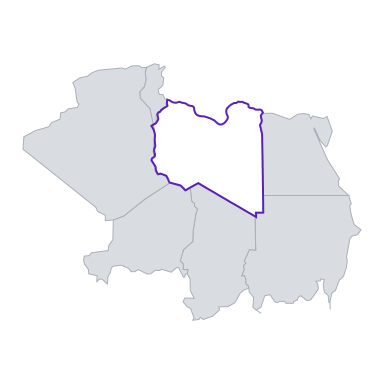 Libya highlighted, Natural Earth projection
{"feature_id": "LBY", "entity_name": "Libya", "entity_type": "country or territory", "adm_level": 0, "iso_a3": "LBY", "parent_name": "Africa", "parent_adm1": "", "projection": "natural_earth1", "projection_center": [17.634, 26.339], "detail": "fine", "context": "with_neighbors", "style": "outline", "palette": "violet", "viewbox_px": 384, "rotation_deg": 0, "n_neighbors": 6, "source": "natural_earth", "source_scale": "50m", "svg_char_len": 6682}
<svg xmlns="http://www.w3.org/2000/svg" viewBox="0 0 384 384"><path d="M261.1,313.3L255.5,309.6L252.9,307.1L253.6,297.4L249.3,292.1L248.5,286.4L245.8,283.8L245.7,278.9L244.2,275.6L241.6,276.1L244.2,269.4L243.4,265.8L245.8,263.2L244.2,261.2L249.4,249.6L255.7,250.2L255.1,212.7L263.4,212.6L263.2,195.5L348.7,195.5L351.3,203.9L349.8,205.5L351.1,214.3L354.1,224.5L361.0,229.8L357.4,234.7L352.1,236.1L349.9,238.7L346.5,257.0L347.3,260.4L346.3,267.7L343.5,276.2L339.2,280.4L335.5,290.4L332.0,292.8L330.0,301.7L330.2,309.4L330.0,302.8L329.0,302.6L328.1,295.4L324.3,292.0L323.3,285.9L324.1,279.6L320.7,279.0L320.3,280.9L315.9,281.3L317.7,283.8L318.4,289.0L310.8,299.8L307.0,300.7L300.8,295.7L298.1,297.5L297.3,300.0L293.6,301.6L293.3,303.3L286.0,303.3L285.0,301.6L279.7,301.3L277.1,302.7L275.0,302.0L270.0,294.7L264.7,295.8L260.8,307.4L256.1,310.0L261.1,313.3Z" fill="#d9dde1" stroke="#a8b0b8" stroke-width="1"/><path d="M255.0,216.3L255.7,250.2L249.4,249.6L244.2,261.2L245.8,263.2L243.4,265.8L244.2,269.4L241.6,276.1L244.2,275.6L245.7,278.9L245.8,283.8L248.5,286.4L248.5,288.4L243.8,289.9L240.1,293.3L234.9,302.7L228.0,306.6L218.8,306.9L219.5,309.9L212.6,316.2L203.3,319.5L200.3,317.4L198.9,319.5L192.8,320.2L194.0,317.9L190.6,308.5L187.5,307.0L183.1,302.0L184.7,298.0L194.2,298.3L190.3,290.6L190.1,279.2L187.2,273.8L187.9,269.7L183.2,269.5L183.3,264.0L180.3,260.9L183.5,249.6L192.8,241.5L193.2,230.4L196.0,213.0L197.6,209.3L194.6,206.4L194.5,203.7L191.8,201.4L190.1,188.1L197.4,183.4L255.0,216.3Z" fill="#d9dde1" stroke="#a8b0b8" stroke-width="1"/><path d="M190.1,188.1L191.8,201.4L194.5,203.7L194.6,206.4L197.6,209.3L196.0,213.0L193.2,230.4L192.8,241.5L183.5,249.6L180.3,260.9L183.3,264.0L183.2,269.5L187.9,269.7L187.2,273.8L185.1,274.3L184.9,277.0L183.5,277.2L178.6,267.8L176.9,267.5L171.2,272.2L161.6,269.3L159.5,270.5L155.2,270.2L150.8,273.8L147.1,274.0L138.3,269.6L134.8,271.7L131.1,271.6L128.4,268.3L121.1,265.2L113.2,266.2L111.3,268.0L110.2,272.9L108.0,276.4L107.4,284.0L101.9,279.1L99.3,279.1L96.8,281.6L97.1,275.8L88.7,273.8L88.5,269.7L84.5,264.1L83.6,260.2L84.2,256.1L88.9,255.7L91.7,252.7L108.1,250.6L108.9,245.3L112.9,239.6L113.3,219.9L123.6,216.1L144.8,199.2L169.7,182.9L181.0,186.6L185.0,191.3L190.1,188.1Z" fill="#d9dde1" stroke="#a8b0b8" stroke-width="1"/><path d="M152.7,124.2L150.0,108.8L140.2,98.1L139.8,91.7L144.2,86.9L146.0,79.8L145.2,71.7L146.7,67.3L154.3,63.8L159.1,64.8L158.8,69.2L164.7,66.0L165.1,67.7L161.6,71.9L161.5,75.8L163.8,77.9L162.8,85.4L158.1,89.7L159.3,94.3L162.9,94.5L164.6,98.6L167.2,99.9L166.7,106.5L156.2,115.0L156.2,122.2L152.7,124.2Z" fill="#d9dde1" stroke="#a8b0b8" stroke-width="1"/><path d="M23.0,149.2L23.9,136.8L35.7,130.5L48.7,126.8L51.7,122.5L60.1,119.1L60.8,112.8L64.9,112.0L68.2,108.9L77.5,107.4L78.9,104.1L77.2,102.3L75.1,88.0L72.8,82.5L79.8,77.8L87.3,76.3L91.9,72.8L98.7,70.2L121.8,68.0L125.3,69.2L131.9,65.9L139.2,65.8L142.0,67.8L146.7,67.3L145.2,71.7L146.0,79.8L144.2,86.9L139.8,91.7L140.2,98.1L150.0,108.8L154.8,131.8L153.2,151.4L153.7,156.8L150.8,160.4L154.9,166.6L155.2,170.3L157.6,175.1L161.0,173.5L166.6,177.5L169.7,182.9L144.8,199.2L123.6,216.1L113.3,219.9L105.3,220.7L105.3,215.3L97.5,211.4L95.9,207.4L23.0,149.2Z" fill="#d9dde1" stroke="#a8b0b8" stroke-width="1"/><path d="M348.7,195.5L263.2,195.5L262.2,133.4L260.0,126.5L261.7,121.2L260.5,117.5L263.0,113.4L272.4,113.2L289.5,119.4L297.7,114.2L303.8,113.5L308.9,114.6L310.9,118.8L312.5,116.0L323.7,118.5L327.0,116.4L332.3,131.1L327.4,145.5L325.8,147.0L320.0,140.4L314.5,128.1L313.8,128.9L327.6,160.0L339.7,179.0L338.3,180.5L338.7,186.1L348.7,195.5Z" fill="#d9dde1" stroke="#a8b0b8" stroke-width="1"/><path d="M152.9,124.9L153.8,124.4L155.0,123.9L155.6,123.5L155.9,123.2L156.8,121.9L157.3,121.1L157.9,120.1L158.2,119.4L158.2,118.8L158.2,118.0L157.7,116.1L157.3,114.3L157.7,113.6L157.9,113.2L158.5,112.4L158.7,112.2L159.9,111.9L160.4,111.4L160.8,110.6L160.9,110.3L161.4,109.9L162.0,109.5L162.4,109.0L163.7,108.2L164.8,107.5L166.2,106.7L167.2,106.1L167.5,105.6L167.4,105.2L166.9,104.2L166.9,103.0L167.0,102.0L167.0,101.4L167.3,99.7L168.4,100.1L169.5,100.3L172.7,102.3L173.7,102.5L176.0,102.8L178.7,102.0L179.7,101.8L181.5,102.6L182.3,102.8L183.6,102.9L185.8,103.6L186.4,103.8L187.7,104.9L188.3,105.3L192.9,106.3L193.6,107.0L194.2,108.3L194.2,109.9L194.6,111.1L195.1,112.6L195.8,113.7L196.6,114.6L197.5,115.2L199.5,116.0L201.8,116.3L204.1,116.4L208.1,117.6L211.5,118.9L212.4,119.5L214.1,120.2L217.4,123.3L219.3,124.3L220.6,124.6L221.8,124.4L223.9,123.3L224.8,122.6L226.9,120.0L227.6,118.6L227.8,117.6L227.8,116.6L227.5,115.7L226.9,114.7L226.5,113.5L226.2,111.2L226.5,109.7L226.9,108.7L227.6,107.8L229.3,106.0L231.0,104.7L234.1,103.0L235.9,103.0L236.6,102.8L238.1,101.6L238.7,101.6L239.5,101.9L242.0,101.8L243.0,102.1L244.3,102.9L245.9,103.3L247.1,103.8L248.3,104.4L248.6,105.8L248.5,106.3L248.5,106.8L249.7,107.8L253.3,108.3L254.0,108.6L255.0,109.3L255.7,109.6L258.1,109.7L259.6,109.5L260.9,109.8L261.4,110.1L262.0,110.7L262.6,112.1L262.9,112.6L262.6,112.9L262.3,113.4L262.0,113.8L261.4,114.6L260.9,115.4L260.9,116.5L261.1,117.7L261.5,118.9L261.8,120.2L261.7,121.0L261.5,122.0L261.2,122.9L260.1,124.7L260.0,125.1L260.1,125.7L260.7,127.8L260.8,128.5L261.2,130.5L261.6,132.2L262.0,133.5L262.1,133.9L262.1,135.8L262.2,137.7L262.2,139.7L262.2,141.6L262.3,143.5L262.3,145.4L262.3,147.4L262.4,149.3L262.4,151.2L262.4,153.2L262.5,155.1L262.5,157.0L262.5,158.9L262.6,160.9L262.6,162.8L262.6,164.7L262.6,166.7L262.7,168.6L262.7,170.5L262.7,172.4L262.8,174.4L262.8,176.3L262.8,178.2L262.8,180.1L262.9,182.1L262.9,184.0L262.9,185.9L263.0,187.8L263.0,189.8L263.0,191.7L263.0,193.6L263.1,195.6L263.1,199.8L263.2,204.1L263.2,208.4L263.3,212.6L263.2,212.7L261.4,212.7L259.6,212.7L257.8,212.7L256.0,212.7L256.1,213.8L256.1,214.8L256.1,215.9L256.1,217.0L252.6,214.9L249.1,212.9L245.6,210.9L242.2,208.9L238.7,206.8L235.2,204.8L231.7,202.8L228.3,200.8L224.8,198.7L221.3,196.7L217.9,194.7L214.4,192.6L211.0,190.6L207.5,188.6L204.1,186.6L200.7,184.5L198.3,183.1L195.7,184.5L193.7,185.6L191.1,187.0L188.0,188.8L185.7,190.2L185.4,190.2L183.0,187.8L181.1,185.9L180.3,185.4L176.7,184.4L173.2,183.5L169.5,182.5L168.8,181.0L168.1,179.3L167.1,177.2L166.4,175.9L166.2,175.7L163.4,174.6L160.4,173.6L158.6,174.2L158.3,174.2L157.8,173.8L157.3,173.3L157.1,172.6L156.4,171.6L155.7,169.3L155.7,167.6L155.6,166.9L154.1,164.4L152.7,162.1L151.7,160.6L151.6,159.9L151.7,159.1L152.1,158.3L153.5,157.4L154.7,156.5L154.9,155.8L155.0,153.9L154.6,153.3L154.4,152.2L154.1,150.7L154.1,149.8L154.7,147.9L155.3,145.9L155.0,143.6L154.7,139.2L155.0,135.7L154.9,134.4L154.8,133.9L154.4,132.3L153.9,130.6L153.7,130.0L153.0,128.6L152.0,126.9L151.4,125.9L152.2,125.3L152.9,124.9Z" fill="none" stroke="#5b21b6" stroke-width="2"/></svg>